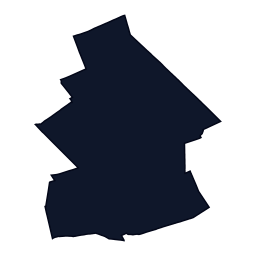 outline of Stoicanesti, Olt, Romania
{"feature_id": "2599482B66370938976982", "entity_name": "Stoicanesti", "entity_type": "district", "adm_level": 2, "iso_a3": "ROU", "parent_name": "Romania", "parent_adm1": "Olt", "projection": "natural_earth1", "projection_center": [24.65, 44.228], "detail": "fine", "context": "isolated", "style": "filled", "palette": "ink", "viewbox_px": 256, "rotation_deg": 0, "n_neighbors": 0, "source": "geoboundaries", "source_scale": "gbopen_adm2", "svg_char_len": 5564}
<svg xmlns="http://www.w3.org/2000/svg" viewBox="0 0 256 256"><path d="M109.0,238.8L110.8,238.9L113.6,239.2L114.2,239.3L114.8,239.4L115.8,239.5L117.6,239.7L119.5,239.9L120.7,240.0L122.6,240.3L124.0,240.6L124.0,240.2L122.9,238.2L122.6,237.6L121.8,236.2L121.3,235.5L121.4,235.4L121.8,235.3L122.0,235.2L123.8,234.4L124.5,234.1L125.2,233.7L125.6,233.6L125.8,233.5L126.4,233.2L126.6,233.2L126.8,233.4L126.9,233.5L127.0,233.5L127.5,233.9L127.5,234.0L127.8,234.2L128.0,234.2L128.4,234.4L128.6,234.4L129.1,234.4L129.3,234.4L129.5,234.4L129.8,234.4L130.2,234.4L130.7,234.4L131.1,234.5L131.3,234.5L131.9,234.5L132.4,234.6L132.6,234.7L132.8,234.7L133.1,234.7L133.6,234.6L134.1,234.5L135.6,234.3L136.4,234.2L137.1,234.1L137.3,234.1L137.5,234.1L137.8,234.3L138.0,234.3L138.7,234.4L138.9,234.4L139.0,234.4L139.4,234.3L139.5,234.3L140.7,234.0L142.0,233.6L143.2,233.2L144.7,232.7L146.0,232.2L156.4,229.1L156.7,228.9L157.5,228.6L159.1,228.1L159.7,227.9L161.4,227.4L162.7,226.9L177.8,222.3L177.7,222.2L177.8,222.1L178.2,222.2L179.2,222.0L180.3,221.7L182.6,220.9L187.4,219.4L189.1,218.8L190.4,218.5L192.7,217.7L193.0,217.6L193.6,217.3L193.7,217.2L199.6,213.4L209.1,207.3L198.5,191.3L198.4,191.0L196.2,185.5L192.6,177.1L192.5,176.7L192.3,176.3L192.0,175.6L191.6,174.8L191.2,173.7L191.0,173.3L190.6,172.5L190.4,172.1L190.4,171.8L190.1,171.1L188.2,172.0L187.2,172.4L186.4,172.8L185.0,173.4L184.9,173.2L184.9,172.3L184.9,171.9L184.9,171.4L184.9,170.8L184.8,169.5L184.9,168.5L184.9,166.4L184.9,165.0L184.8,164.0L184.8,163.6L184.8,163.2L184.8,162.7L184.8,162.3L184.8,159.7L184.7,157.7L184.7,157.1L184.7,156.4L184.7,155.7L184.7,154.8L184.7,153.9L184.6,153.4L184.6,152.3L184.6,150.3L184.5,144.7L184.5,143.6L184.5,143.3L195.7,139.6L199.4,138.3L200.9,137.6L201.0,137.5L200.4,136.6L200.2,135.9L200.2,135.5L202.1,133.6L202.5,132.5L202.9,131.5L203.2,130.4L203.2,130.2L203.0,129.6L220.6,121.4L206.3,107.2L203.8,104.8L202.4,103.5L200.6,101.6L199.7,100.8L198.5,99.7L197.2,98.3L196.5,97.8L196.2,97.4L195.6,96.8L194.8,96.1L194.4,95.7L193.6,94.9L192.9,94.3L191.6,93.1L191.0,92.5L190.4,92.0L188.8,90.4L188.4,90.1L188.0,89.7L186.8,88.6L186.3,88.0L185.9,87.7L185.3,87.1L184.6,86.5L183.9,85.8L183.7,85.6L183.3,85.2L182.6,84.5L182.3,84.2L182.2,84.1L182.1,83.9L181.9,83.8L181.6,83.4L181.2,83.1L180.9,82.7L180.5,82.3L179.9,81.8L179.5,81.4L179.1,80.9L178.8,80.7L178.1,79.9L177.1,79.1L176.2,78.2L175.6,77.6L175.1,77.1L174.5,76.5L174.1,76.2L173.9,76.1L172.5,74.7L171.8,74.0L170.6,73.0L170.1,72.5L167.0,69.5L166.4,69.0L164.9,67.5L164.4,67.0L163.2,65.8L162.8,65.3L160.3,62.8L159.7,62.2L159.3,61.9L158.6,61.3L158.2,60.9L157.7,60.4L156.3,59.2L155.8,58.7L155.3,58.3L154.8,57.8L153.9,57.0L153.4,56.6L151.5,54.8L151.1,54.3L150.7,53.9L150.2,53.4L149.5,52.9L148.2,51.6L147.2,50.8L146.8,50.4L146.5,50.2L146.1,49.7L145.4,49.1L144.5,48.2L143.2,47.0L140.5,44.5L138.8,42.9L137.7,41.9L136.9,41.1L135.9,40.2L134.7,39.1L134.3,38.7L132.5,37.0L130.4,35.0L130.2,34.7L129.8,33.3L129.4,32.0L129.2,31.3L128.8,29.7L128.2,27.6L128.0,26.9L127.2,24.4L127.0,23.7L126.6,22.1L126.3,21.2L125.8,19.3L125.6,18.7L125.5,18.3L125.4,17.8L125.1,16.9L124.9,16.3L124.8,15.8L124.7,15.4L124.1,15.5L123.2,15.8L122.9,15.9L121.9,16.3L120.3,17.0L119.5,17.4L118.4,17.9L117.7,18.2L117.1,18.5L116.2,18.9L114.8,19.5L114.0,19.8L112.4,20.5L111.8,20.8L111.2,21.1L110.0,21.6L109.5,21.9L109.4,21.9L106.7,23.1L106.1,23.3L103.2,24.6L102.5,24.9L100.5,25.8L100.0,26.0L99.2,26.3L97.8,26.9L96.0,27.7L94.7,28.2L93.7,28.7L93.1,29.0L92.4,29.4L91.2,30.0L90.8,30.2L89.3,30.9L88.9,31.1L87.7,31.6L83.4,33.1L81.2,33.9L79.6,34.4L78.5,34.7L77.2,35.0L75.7,35.5L75.3,35.7L73.5,36.2L77.6,47.1L79.7,52.9L79.8,53.0L84.5,64.7L86.1,68.9L69.6,76.3L68.6,76.7L66.0,77.8L63.6,78.7L60.7,79.7L61.2,80.5L61.3,80.7L61.3,80.9L61.3,81.7L61.2,82.2L61.3,82.5L61.3,83.2L61.3,83.3L63.6,86.1L67.5,91.0L68.8,92.6L70.2,94.5L71.7,96.3L72.4,97.3L70.0,98.7L70.1,98.8L70.4,99.2L71.0,100.0L71.2,100.3L71.3,100.5L71.5,101.0L71.6,101.4L71.6,101.5L71.8,101.7L71.9,101.9L72.0,102.2L71.9,102.4L71.4,102.1L70.6,102.7L69.6,103.4L69.0,103.8L68.6,104.1L68.0,104.6L64.5,107.0L61.8,108.9L61.1,109.4L61.0,109.6L60.6,109.9L60.3,110.2L59.9,110.5L58.6,111.4L58.0,111.8L57.7,112.0L57.3,112.3L56.4,112.9L55.5,113.6L54.2,114.5L53.7,114.9L52.8,115.5L52.3,115.9L51.6,116.4L51.2,116.7L51.0,116.9L50.6,117.1L50.1,117.4L49.5,117.9L49.0,118.2L48.6,118.4L47.5,119.2L46.9,119.6L46.2,120.0L45.7,120.3L44.5,121.1L43.9,121.6L43.7,121.9L43.3,122.2L41.7,123.4L41.3,123.8L40.9,124.0L40.6,124.1L40.2,124.1L39.6,124.0L39.3,124.1L38.7,124.2L37.9,124.3L37.1,124.3L36.1,124.2L35.7,124.4L35.4,124.5L36.1,125.2L37.9,127.2L42.5,132.1L43.6,133.0L52.0,141.5L61.9,151.4L75.6,165.1L78.2,167.8L76.3,168.6L75.5,168.8L73.0,169.7L68.8,170.9L64.2,172.4L59.9,173.8L57.1,174.5L55.0,174.8L51.3,175.2L54.8,180.6L49.8,182.1L49.6,182.3L48.5,189.7L48.1,192.2L45.8,206.4L45.1,206.5L46.4,212.5L47.2,215.7L51.0,232.0L52.5,238.5L52.9,238.2L53.6,237.9L54.0,237.7L54.6,237.4L55.1,237.2L55.5,237.1L56.1,237.0L56.5,236.9L57.1,236.8L57.8,236.4L58.0,236.4L59.6,236.5L61.2,236.3L61.9,236.3L63.1,236.2L63.3,236.2L63.7,236.1L64.2,236.1L65.2,236.0L65.8,236.0L67.0,236.0L67.6,236.0L69.5,236.1L70.6,236.1L71.2,236.1L71.7,236.2L72.3,236.3L72.8,236.4L73.3,236.5L73.6,236.4L74.8,236.2L75.7,236.1L77.0,235.8L80.2,235.2L81.4,235.0L82.6,234.9L84.6,234.6L86.2,234.2L87.9,234.0L89.2,233.9L90.1,233.9L91.4,233.7L92.4,233.6L93.6,233.4L94.6,233.3L95.3,233.1L95.5,233.1L98.4,234.0L99.4,234.4L100.5,234.8L101.2,235.1L102.4,235.5L102.9,235.6L104.6,236.3L105.0,236.4L105.1,236.5L106.5,237.3L107.2,237.7L107.9,238.1L108.8,238.6L109.0,238.8Z" fill="#0f172a" stroke="#020617" stroke-width="1.5"/></svg>